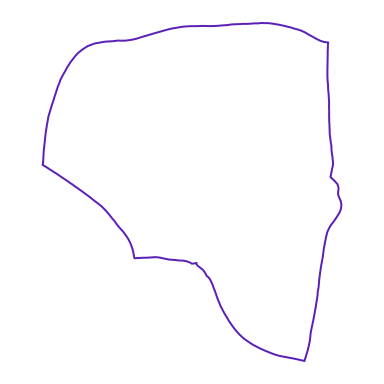 outline of Al Qatn, Hadramawt, Yemen
{"feature_id": "15242507B78643865459873", "entity_name": "Al Qatn", "entity_type": "district", "adm_level": 2, "iso_a3": "YEM", "parent_name": "Yemen", "parent_adm1": "Hadramawt", "projection": "robinson", "projection_center": [48.348, 15.912], "detail": "fine", "context": "isolated", "style": "outline", "palette": "violet", "viewbox_px": 384, "rotation_deg": 0, "n_neighbors": 0, "source": "geoboundaries", "source_scale": "gbopen_adm2", "svg_char_len": 4755}
<svg xmlns="http://www.w3.org/2000/svg" viewBox="0 0 384 384"><path d="M209.4,26.1L206.1,26.0L202.3,25.9L200.2,26.0L197.5,26.1L192.4,26.1L190.4,26.2L187.8,26.3L183.6,26.6L181.8,26.9L179.8,27.2L175.6,27.9L171.1,28.7L166.7,29.8L163.2,30.8L160.1,31.7L157.2,32.5L156.1,32.8L152.3,33.9L151.6,34.1L147.0,35.5L143.8,36.4L140.6,37.4L139.6,37.7L136.2,38.8L132.4,39.6L128.8,40.2L125.7,40.6L124.4,40.7L122.2,40.7L121.2,40.7L119.2,40.6L117.5,40.6L116.7,40.7L113.0,41.2L109.6,41.4L106.0,41.6L104.4,41.8L102.7,42.0L99.2,42.7L98.6,42.8L95.0,43.4L93.4,44.0L91.8,44.5L90.1,45.2L87.9,46.0L85.0,47.8L83.5,48.8L81.8,50.0L78.1,53.0L75.7,55.5L73.5,58.3L73.1,58.9L70.8,61.7L70.3,62.6L68.7,65.0L66.9,67.8L66.7,68.2L64.7,72.0L62.7,75.4L60.6,79.5L59.4,82.9L57.7,87.1L56.0,92.4L54.7,96.2L53.4,100.5L51.9,105.0L51.3,106.9L50.6,109.3L49.4,113.2L48.4,116.7L48.0,118.9L47.7,120.8L46.8,125.5L46.3,129.2L46.2,129.6L45.7,132.9L45.1,138.2L44.7,142.3L44.4,144.9L43.8,150.2L43.5,154.9L43.3,159.3L43.0,163.5L42.6,164.9L46.3,167.1L47.7,168.0L49.9,169.5L51.4,170.4L53.3,171.7L56.3,173.5L56.9,173.9L60.8,176.6L64.7,179.2L68.7,181.9L70.3,183.1L72.3,184.4L73.9,185.6L75.2,186.5L76.6,187.5L78.3,188.7L81.0,190.6L81.7,191.1L85.6,194.0L88.7,196.2L91.7,198.6L94.8,201.1L98.0,203.5L100.4,205.4L100.8,205.7L101.2,206.0L103.6,208.4L105.9,210.7L108.5,213.8L108.7,214.0L111.6,217.6L112.7,219.0L114.6,221.2L116.7,224.2L118.1,226.0L119.6,227.7L120.6,228.9L121.8,230.2L123.0,231.5L124.1,232.9L125.1,234.4L126.5,236.3L128.4,239.2L129.0,240.5L130.0,242.3L131.4,245.8L132.6,249.4L133.0,251.0L133.4,252.9L134.1,256.6L134.3,257.3L134.5,258.2L135.0,258.2L138.7,258.0L142.1,257.8L146.5,257.7L150.3,257.5L154.3,257.2L156.3,257.2L157.6,257.3L160.8,257.8L165.2,258.8L167.8,259.3L168.7,259.5L172.0,259.8L172.8,259.8L176.0,260.1L179.3,260.5L182.9,260.6L186.4,261.2L189.7,262.4L190.7,263.0L191.6,263.6L192.1,263.6L193.4,263.6L193.9,263.5L194.6,263.3L195.4,263.2L195.9,263.1L196.1,263.0L196.4,263.0L196.5,263.4L196.4,263.5L196.4,263.9L196.5,264.2L196.9,264.8L197.6,265.6L198.0,266.0L203.0,269.9L205.3,273.1L206.4,275.5L209.1,278.0L210.9,281.0L211.6,282.6L212.6,284.8L214.0,288.8L214.1,289.0L214.3,289.4L215.7,293.2L216.3,295.1L216.8,296.6L217.8,299.3L218.4,300.8L219.1,302.3L220.3,305.5L222.6,310.0L224.6,313.6L224.9,314.2L227.3,318.1L228.3,319.8L229.2,321.4L230.0,322.5L231.2,324.2L231.6,324.7L232.0,325.4L233.6,327.6L236.1,330.8L237.5,332.3L239.6,334.6L242.4,337.3L245.4,339.7L249.2,342.3L251.5,343.8L252.3,344.3L253.6,345.1L256.3,346.5L260.2,348.5L263.3,349.9L264.6,350.5L268.3,352.0L270.7,353.0L272.0,353.5L275.4,354.7L279.1,355.8L281.5,356.3L282.7,356.5L285.5,357.0L286.7,357.2L289.5,357.8L291.0,358.0L291.3,358.1L294.4,358.7L298.1,359.5L301.5,360.3L303.2,360.7L304.4,361.0L305.6,357.4L306.6,354.0L308.0,349.3L308.3,347.8L308.9,345.2L309.3,343.3L309.8,341.0L310.2,337.7L310.3,337.1L310.6,333.4L311.3,329.5L311.6,328.3L312.2,325.4L312.9,322.0L313.1,321.3L313.2,320.9L313.8,317.6L314.6,313.4L314.7,312.4L315.7,307.5L316.2,303.8L316.9,299.5L317.5,295.6L317.8,291.5L318.5,287.8L319.0,282.6L319.3,278.6L319.6,276.7L319.9,274.3L320.5,270.1L321.2,265.4L322.0,261.2L322.8,256.7L322.9,255.9L323.3,252.7L323.7,249.8L323.8,249.0L324.2,246.7L324.5,245.1L324.9,243.0L325.5,239.9L326.3,236.1L327.3,232.1L328.8,228.8L330.5,225.7L333.0,222.4L335.1,219.5L336.1,218.0L337.3,216.2L338.0,215.0L339.5,212.6L341.0,208.8L341.4,204.7L340.8,201.1L339.2,197.7L338.8,196.3L338.6,196.1L338.3,195.3L338.2,194.9L338.2,194.5L338.2,194.0L338.0,193.5L338.6,188.0L337.9,185.7L337.9,185.4L337.8,185.1L337.7,184.8L337.6,184.6L337.6,184.4L337.5,184.2L335.4,181.8L330.5,177.0L332.0,169.4L333.0,164.9L332.9,160.9L332.7,159.9L332.5,157.2L331.9,153.5L331.5,149.8L331.4,145.8L331.0,143.8L330.7,142.0L330.5,140.1L330.2,137.6L329.9,135.3L329.7,133.6L329.6,129.1L329.5,127.2L329.5,125.6L329.4,124.0L329.2,121.2L329.2,118.5L329.1,116.3L329.1,113.5L329.2,111.5L329.1,109.0L329.0,107.4L329.1,101.6L328.8,97.4L328.7,95.5L328.6,93.7L328.1,89.0L328.1,88.1L328.0,84.7L327.8,82.7L327.6,81.0L327.5,78.4L327.4,76.4L327.4,74.4L327.4,72.8L327.4,70.0L327.4,68.8L327.5,67.6L327.5,64.3L327.6,59.3L327.7,54.5L327.7,51.2L327.8,49.4L328.0,43.9L328.1,42.5L327.4,42.4L323.8,41.9L320.6,40.9L318.7,40.0L317.2,39.3L314.2,37.6L311.1,35.9L308.7,34.6L308.1,34.3L305.0,32.4L301.3,30.7L297.7,29.5L297.1,29.3L294.2,28.6L293.9,28.5L290.7,27.4L288.2,26.9L286.5,26.4L283.2,25.6L281.1,25.2L279.4,24.8L275.8,24.2L275.7,24.2L272.4,23.6L272.1,23.6L269.1,23.2L266.7,23.1L265.9,23.1L263.8,23.1L261.6,23.0L259.1,23.2L257.8,23.4L255.8,23.3L254.6,23.3L254.0,23.4L251.3,23.6L247.8,23.9L247.3,23.9L243.3,23.9L242.2,23.9L240.1,24.1L236.2,24.2L231.9,24.4L230.5,24.6L227.4,25.1L225.5,25.2L222.6,25.4L219.3,25.7L217.8,25.8L214.4,26.0L210.5,26.1L209.4,26.1Z" fill="none" stroke="#5b21b6" stroke-width="2"/></svg>